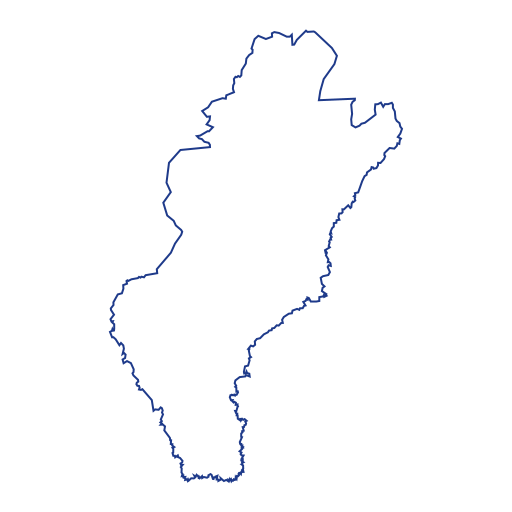 the district of Asante Akim South, Ashanti, Ghana
{"feature_id": "2480657B39079904074923", "entity_name": "Asante Akim South", "entity_type": "district", "adm_level": 2, "iso_a3": "GHA", "parent_name": "Ghana", "parent_adm1": "Ashanti", "projection": "robinson", "projection_center": [-1.081, 6.462], "detail": "fine", "context": "isolated", "style": "outline", "palette": "blue", "viewbox_px": 512, "rotation_deg": 0, "n_neighbors": 0, "source": "geoboundaries", "source_scale": "gbopen_adm2", "svg_char_len": 6083}
<svg xmlns="http://www.w3.org/2000/svg" viewBox="0 0 512 512"><path d="M354.9,98.7L318.9,100.2L320.3,91.1L323.7,79.1L334.4,64.1L336.9,55.8L331.9,48.0L315.2,32.3L313.8,31.5L307.4,31.9L306.0,30.7L296.8,39.9L294.2,44.6L292.4,44.8L291.8,34.7L289.8,36.7L286.8,36.7L279.1,33.0L274.3,32.1L271.9,33.3L272.1,36.7L265.9,39.0L258.3,35.8L254.6,39.1L251.5,48.6L252.6,49.7L252.4,52.9L249.2,55.0L246.4,58.6L245.8,63.6L241.7,70.1L241.3,75.4L239.9,76.9L238.2,76.0L236.8,77.2L235.5,76.8L233.9,79.0L234.3,83.2L233.2,85.3L232.9,88.9L234.0,92.2L226.3,95.3L225.8,98.7L222.5,98.2L211.9,101.7L208.1,107.3L202.2,111.0L206.9,116.8L210.0,116.4L209.6,120.2L206.6,124.4L212.9,127.2L209.0,131.3L207.6,131.2L200.1,135.6L196.9,136.1L199.1,138.4L201.9,139.1L204.4,141.8L208.6,142.8L209.9,144.8L210.0,147.1L180.4,150.0L169.0,162.8L166.5,182.7L170.8,192.1L163.3,202.7L167.2,215.5L173.7,220.8L175.8,225.4L181.1,229.9L182.2,231.7L181.2,234.8L175.0,243.6L170.9,252.7L156.8,269.2L157.2,273.2L145.6,275.2L144.0,277.3L141.4,276.7L140.5,277.6L139.0,276.9L137.9,278.1L131.4,279.3L128.4,280.9L127.4,280.3L126.5,281.0L127.0,283.7L123.2,285.1L123.4,288.7L121.9,293.3L117.8,294.4L113.4,302.3L113.5,305.0L110.8,308.4L111.0,310.0L114.0,314.7L110.5,319.2L111.4,321.4L112.9,321.2L112.3,322.5L114.2,324.2L114.2,328.7L114.0,330.5L113.0,330.7L112.4,329.2L111.9,330.8L110.0,331.9L112.1,337.3L113.4,337.2L115.7,339.3L119.4,345.2L121.0,343.0L123.3,345.4L123.9,348.7L122.6,354.0L124.0,353.0L125.6,354.6L125.1,358.0L122.6,359.5L123.6,363.2L127.0,361.1L130.9,363.1L133.7,369.3L133.5,372.1L132.5,373.3L133.4,375.4L138.0,379.8L138.3,381.6L136.8,382.7L136.4,384.2L137.4,385.8L139.0,385.9L139.6,387.7L139.0,389.5L141.0,389.9L142.4,389.2L151.8,400.1L153.5,410.8L155.2,409.4L158.6,409.8L160.7,407.4L161.9,408.2L162.7,410.6L162.0,412.5L163.0,414.4L160.8,419.5L161.8,421.1L160.4,422.4L161.8,423.4L160.7,424.7L162.9,424.6L165.0,426.4L164.3,430.4L169.9,437.9L170.2,440.2L171.1,440.3L170.8,444.0L172.4,444.2L172.2,445.5L174.2,447.0L172.5,447.8L173.3,448.8L173.2,452.6L172.5,453.0L173.3,455.8L174.9,455.8L175.2,457.3L177.8,455.4L178.1,456.5L177.1,456.7L180.1,458.0L182.5,460.9L182.1,462.6L180.5,463.5L181.1,465.1L182.5,465.0L180.8,467.1L181.7,468.4L181.5,472.5L182.5,473.9L181.9,476.0L183.3,475.5L183.3,477.1L184.7,477.0L184.0,477.8L185.5,478.4L185.2,479.9L187.0,479.4L187.6,480.6L188.1,479.4L188.7,480.6L191.2,478.3L193.9,478.4L195.2,477.4L194.4,475.8L195.7,476.6L196.6,474.8L198.5,476.8L198.8,478.9L199.2,477.2L199.7,478.2L202.0,476.2L202.2,478.0L203.8,477.0L207.0,477.7L208.5,476.7L208.4,475.3L210.5,474.1L211.6,474.9L212.9,478.9L213.5,479.0L213.8,477.4L215.6,477.5L215.5,476.6L217.4,475.8L216.7,479.5L218.4,479.6L218.4,480.9L221.0,479.5L220.7,478.2L223.9,481.0L226.3,479.9L228.4,481.3L228.3,479.8L229.1,480.3L229.6,479.3L229.9,480.3L231.0,479.2L231.5,481.2L232.2,480.3L232.9,480.7L234.2,478.5L233.9,480.1L235.5,479.7L235.7,477.3L236.6,478.7L237.0,476.0L238.1,476.2L239.2,474.9L238.5,474.0L239.1,472.9L240.3,472.8L241.0,473.8L241.3,472.0L243.5,471.9L243.2,470.6L242.4,471.1L241.9,470.2L243.2,468.6L243.1,465.6L241.6,464.4L242.4,464.1L242.1,462.7L243.4,462.2L241.6,460.8L242.8,460.1L242.7,458.9L241.6,458.8L243.5,455.5L241.5,455.3L240.6,454.1L241.5,452.5L239.6,451.3L242.0,449.1L241.7,448.4L242.8,447.9L242.0,447.2L242.8,446.8L241.9,446.2L242.3,445.3L241.0,444.9L241.2,443.9L240.1,443.8L239.8,442.0L242.0,437.1L241.2,436.8L241.2,433.5L242.5,432.3L242.1,431.2L243.7,430.7L242.7,427.1L244.1,426.9L244.4,425.2L245.7,424.8L246.1,423.5L245.3,421.5L246.6,420.8L244.6,419.1L243.2,419.8L242.1,418.8L241.4,419.8L241.4,419.0L240.1,418.9L239.8,420.1L237.8,418.7L237.6,415.4L236.7,415.3L237.2,413.6L236.2,413.4L235.2,411.0L236.3,411.1L237.6,406.7L238.6,405.9L237.5,406.1L237.5,404.4L235.7,404.8L235.9,402.7L234.3,401.8L233.6,402.5L232.3,401.2L232.7,400.1L231.0,400.2L229.8,397.2L230.5,395.2L231.7,395.2L231.0,394.6L234.8,395.5L234.7,394.6L236.6,394.8L238.0,392.4L237.7,391.3L236.4,391.6L236.3,387.6L235.2,386.8L236.2,385.8L234.7,383.2L235.4,380.4L239.7,377.1L245.3,376.4L246.0,375.1L249.7,376.5L249.3,373.7L247.1,373.0L246.5,371.5L245.8,373.2L244.2,373.5L243.9,371.9L245.0,366.4L248.1,365.6L249.6,360.3L248.9,358.4L251.0,357.1L249.9,356.0L248.8,350.5L249.3,349.3L248.2,349.0L250.9,345.6L253.1,346.4L255.1,344.8L254.8,341.4L256.8,339.0L260.1,338.2L263.9,334.3L267.9,332.3L269.0,330.6L271.6,330.2L272.1,328.4L274.3,328.0L276.7,325.3L278.7,325.6L281.2,323.0L282.8,322.9L282.1,319.8L283.8,317.0L288.8,313.7L291.9,313.3L292.5,310.6L297.1,308.9L299.3,309.8L299.9,308.3L302.7,308.2L304.0,305.9L305.5,305.5L303.3,301.9L305.6,300.9L306.4,299.2L307.5,299.7L307.4,297.5L308.8,298.0L310.8,301.5L316.5,301.5L319.3,301.0L319.3,297.1L323.2,296.4L323.8,295.2L324.2,296.9L326.5,295.8L325.6,295.0L326.3,294.1L321.9,291.1L322.6,287.8L324.5,286.4L321.9,283.9L320.7,277.8L323.0,276.2L328.3,275.0L329.9,272.1L327.7,267.0L328.6,265.3L330.8,265.9L330.5,263.3L329.3,262.1L327.8,262.2L328.4,259.4L325.9,255.3L326.9,252.8L326.3,251.8L325.5,252.4L325.0,250.2L329.8,247.3L328.7,246.1L329.7,242.3L329.1,241.5L330.2,239.4L331.1,239.5L330.7,237.6L331.7,236.9L329.8,234.3L330.4,232.9L331.2,233.2L330.7,231.4L332.1,228.1L333.8,226.6L333.8,223.1L336.3,222.8L336.6,220.2L339.4,219.8L338.4,217.1L339.2,213.5L341.5,213.4L342.6,212.2L342.4,209.3L343.9,209.4L348.2,205.3L350.4,208.0L351.3,207.2L351.7,203.3L352.7,201.7L353.4,202.1L355.3,200.5L354.7,198.7L355.2,197.1L353.9,196.3L355.3,195.1L354.9,193.2L358.2,192.4L362.2,181.1L364.6,176.1L366.6,174.9L367.0,172.4L371.0,169.5L371.6,167.1L373.2,167.5L373.7,168.7L376.4,168.1L378.0,165.4L378.1,162.8L380.5,163.0L384.0,159.1L385.2,156.2L384.3,155.1L384.5,153.0L389.6,148.0L394.3,148.6L396.8,145.9L397.4,143.3L399.3,143.9L399.8,140.2L400.9,138.6L397.8,137.0L400.3,133.6L402.0,128.8L400.3,126.6L399.5,123.1L396.8,121.0L395.5,118.6L394.8,111.4L392.9,107.9L392.9,104.6L391.8,102.8L388.2,104.1L384.9,104.1L383.2,106.8L380.9,102.6L377.8,104.2L375.3,104.3L374.8,109.6L375.6,114.6L364.9,122.8L361.4,123.7L359.5,125.7L355.5,127.4L351.7,125.1L351.2,119.3L352.1,113.9L351.2,104.7L352.6,101.8L354.8,100.2L354.9,98.7Z" fill="none" stroke="#1e3a8a" stroke-width="2"/></svg>